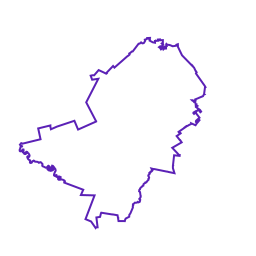 Vallecillo, Nuevo León, Mexico (Albers equal-area conic projection), rotated 225°
{"feature_id": "50627088B49667665932630", "entity_name": "Vallecillo", "entity_type": "district", "adm_level": 2, "iso_a3": "MEX", "parent_name": "Mexico", "parent_adm1": "Nuevo León", "projection": "albers", "projection_center": [-99.794, 26.639], "detail": "fine", "context": "isolated", "style": "outline", "palette": "violet", "viewbox_px": 256, "rotation_deg": 225, "n_neighbors": 0, "source": "geoboundaries", "source_scale": "gbopen_adm2", "svg_char_len": 5639}
<svg xmlns="http://www.w3.org/2000/svg" viewBox="0 0 256 256"><g transform="rotate(225 128 128)"><path d="M178.1,205.1L177.7,204.6L177.8,204.5L177.7,204.3L177.9,203.6L178.6,202.3L178.5,202.2L177.9,202.2L177.5,201.8L176.9,199.5L177.0,199.0L177.7,198.0L178.0,197.9L178.5,197.9L179.3,197.8L179.4,197.5L179.3,196.7L179.4,196.1L179.7,195.5L180.1,195.1L178.8,185.5L179.2,184.8L179.4,184.7L179.5,182.5L179.8,181.9L179.8,181.5L179.3,181.3L179.2,181.5L178.8,181.1L178.9,179.6L179.2,178.2L180.3,161.1L182.4,161.3L182.2,151.5L181.7,151.5L181.8,151.0L184.5,150.1L189.7,148.2L189.2,141.3L189.8,140.8L190.6,139.9L191.4,138.6L187.5,136.8L183.8,141.8L175.7,116.6L157.6,110.9L155.7,110.3L155.3,110.3L155.1,110.1L162.2,91.6L171.0,95.2L179.2,78.8L181.6,72.6L183.8,74.0L184.7,74.9L191.2,64.2L181.9,58.2L191.6,42.2L192.4,42.1L192.8,41.8L192.6,39.8L191.8,39.7L190.8,39.9L190.5,40.1L190.0,40.2L189.9,39.9L190.5,39.1L190.6,38.7L190.1,37.8L189.6,37.2L189.4,36.3L188.8,35.6L188.5,35.3L188.0,35.2L187.6,35.4L187.0,36.1L187.2,38.0L187.1,38.6L186.7,38.9L186.0,38.4L185.9,38.1L185.8,37.4L185.3,37.1L185.3,36.7L185.1,36.5L184.9,36.5L184.3,36.7L184.0,37.0L183.6,36.5L183.1,36.4L182.8,36.5L182.0,37.2L182.0,37.8L182.0,38.0L182.6,38.4L183.1,38.6L182.9,39.5L182.2,39.8L181.5,39.5L181.1,39.5L180.5,39.7L179.0,39.4L178.0,38.8L177.9,38.6L178.2,38.3L178.2,38.1L178.1,37.9L177.6,37.6L177.7,37.1L178.0,37.2L178.3,37.0L178.6,37.2L178.9,37.1L178.9,36.5L178.8,36.3L177.9,35.8L176.5,35.4L174.8,35.6L174.3,35.9L174.1,35.8L173.4,35.2L173.4,34.7L173.0,34.3L172.6,34.2L172.0,34.5L171.7,35.1L171.6,35.4L172.0,37.1L171.9,37.4L171.7,37.7L171.6,38.3L170.9,38.5L170.5,38.3L170.2,38.4L169.8,38.6L168.9,39.4L168.0,40.1L167.5,40.3L166.4,40.4L166.0,41.6L165.5,42.1L163.1,42.1L162.8,41.9L162.3,41.0L161.7,40.6L161.3,40.6L160.5,41.0L158.6,41.6L158.2,41.7L157.8,42.3L157.6,42.6L157.6,43.0L157.5,43.7L157.7,44.5L157.6,45.0L157.3,45.1L156.2,45.2L155.3,45.1L154.4,45.3L153.5,45.3L153.3,45.0L153.4,44.7L153.8,44.1L154.2,43.8L155.0,43.6L155.8,43.7L156.0,43.6L156.3,43.1L156.1,42.1L155.7,41.9L154.1,42.0L153.8,42.2L153.9,42.9L153.0,42.7L152.5,42.9L152.0,43.6L151.3,45.0L151.5,46.2L151.6,46.4L152.0,46.5L152.5,46.9L153.0,47.0L153.8,46.9L154.4,47.0L154.8,47.3L155.0,47.7L154.3,48.1L153.3,47.9L153.2,48.0L152.0,47.9L151.2,47.6L150.3,47.6L149.1,46.8L148.8,46.3L148.7,45.6L147.6,43.1L147.1,42.4L146.8,42.2L146.1,42.2L145.7,42.6L145.6,42.8L145.7,43.4L145.5,44.0L145.2,44.1L145.0,43.9L145.1,43.2L145.0,42.9L144.7,42.8L143.7,43.1L143.5,43.8L142.4,45.0L142.0,45.3L140.9,45.6L140.8,45.2L140.4,44.8L140.3,44.3L140.4,44.1L141.7,43.3L141.9,43.0L141.2,42.4L140.5,42.4L140.1,42.7L139.3,43.6L138.8,44.6L138.1,44.9L137.6,45.3L136.2,45.8L135.5,45.9L135.0,45.7L135.1,45.1L135.0,44.8L134.5,44.3L116.0,52.7L113.9,47.3L104.0,56.7L93.6,33.5L88.0,35.8L80.2,34.4L80.3,34.9L80.3,35.2L79.3,36.3L87.1,42.4L84.9,45.4L86.9,48.7L87.0,49.2L77.9,55.8L77.8,56.0L77.7,56.1L73.7,58.9L71.4,57.3L71.2,57.4L70.6,56.7L68.9,55.5L65.2,59.2L64.4,59.9L65.1,61.0L65.6,62.3L64.4,66.1L65.7,67.6L65.9,69.2L68.3,75.2L69.0,75.7L69.6,76.9L70.0,76.9L70.6,77.6L70.3,78.8L70.4,80.0L69.5,80.8L68.9,81.7L68.9,82.6L68.0,82.8L67.5,84.0L67.7,84.5L67.9,84.6L68.1,85.2L68.7,85.9L69.4,85.6L69.9,85.9L69.9,86.8L70.3,88.2L70.5,88.2L71.3,89.2L71.7,89.3L74.2,91.2L75.4,91.1L76.3,92.4L76.2,93.2L76.7,93.8L76.8,95.4L76.6,96.8L76.8,97.4L76.4,98.1L77.3,99.3L77.2,100.8L76.9,101.4L77.2,101.9L76.6,102.6L76.9,104.3L76.9,106.0L77.6,106.4L77.7,107.3L77.9,107.8L78.6,108.2L79.6,108.4L80.2,108.9L80.1,110.4L80.8,110.9L80.5,111.1L80.7,112.2L81.1,112.3L81.2,112.8L80.8,113.5L81.0,113.8L80.6,114.3L80.7,115.4L80.9,115.6L81.8,115.5L82.8,115.9L81.1,116.9L80.3,117.6L69.9,124.5L69.0,125.2L68.5,125.4L63.2,128.9L67.9,131.4L69.5,133.0L69.5,133.4L70.1,133.8L76.1,141.3L71.8,144.8L72.3,145.4L72.7,145.0L82.7,145.3L79.9,155.8L82.5,156.3L82.6,156.1L87.9,156.7L87.0,161.5L87.4,161.6L88.7,161.3L89.0,160.9L89.5,161.0L87.9,169.7L88.2,169.5L88.0,170.9L87.4,171.6L86.9,173.6L86.0,175.9L86.4,176.1L82.2,177.7L82.7,180.2L82.9,180.3L84.3,180.3L84.5,180.5L85.0,181.3L84.9,183.1L83.2,183.0L83.1,182.0L82.8,181.9L83.0,184.1L84.8,184.2L84.7,185.8L91.2,186.7L91.2,186.3L91.4,186.3L91.4,186.0L91.2,186.1L91.3,184.7L92.4,184.8L92.6,185.3L91.9,188.0L91.3,188.0L91.4,190.7L88.0,190.3L87.9,191.3L89.7,191.7L94.6,190.9L94.7,191.4L94.5,192.7L95.0,192.6L95.2,192.1L94.9,191.9L95.1,191.4L95.4,191.3L96.2,192.0L96.4,192.9L96.8,192.6L97.1,192.7L97.3,193.1L98.6,193.6L99.0,193.5L99.3,193.1L99.9,193.1L100.3,193.4L100.5,193.4L101.7,192.9L102.3,192.9L101.8,193.4L100.7,193.7L100.0,193.8L99.5,195.1L100.7,195.7L97.5,203.6L98.1,205.5L97.9,205.8L98.2,205.8L102.4,211.3L102.2,211.7L103.8,212.1L118.5,214.6L118.8,215.9L119.7,216.1L119.7,215.9L119.8,215.9L124.0,217.4L127.2,217.4L127.1,217.7L127.4,217.7L127.4,217.4L141.2,217.6L151.2,221.1L151.0,221.6L152.0,222.5L152.6,221.2L152.0,220.9L152.3,220.0L154.2,217.4L154.6,217.3L154.9,217.1L156.3,216.6L157.9,215.7L158.3,215.3L159.3,214.6L160.3,214.6L160.2,214.2L158.5,213.2L159.1,212.3L158.7,212.4L157.3,211.1L158.0,210.3L158.5,210.9L158.8,210.8L159.2,210.9L159.2,210.7L158.9,210.3L158.9,210.1L158.6,209.7L158.6,208.7L160.6,209.8L160.7,209.2L161.0,209.0L160.0,208.5L160.2,207.8L160.3,207.7L160.2,207.5L160.3,206.9L161.8,207.3L163.2,207.1L163.0,208.3L162.5,208.6L161.8,208.5L162.5,209.0L161.9,209.5L162.1,211.9L162.4,212.0L162.6,211.7L162.9,211.5L163.2,211.8L163.9,211.7L163.8,212.6L163.6,212.9L165.5,214.8L167.5,212.6L168.1,213.2L169.4,211.7L168.5,210.9L169.6,209.7L169.8,209.6L169.7,209.5L170.5,208.6L169.2,207.4L171.1,206.1L174.5,205.1L174.9,205.9L176.0,205.8L175.8,206.5L175.9,206.8L176.1,206.7L176.3,207.1L178.1,205.1Z" fill="none" stroke="#5b21b6" stroke-width="2"/></g></svg>